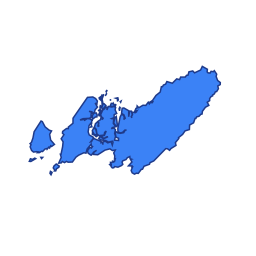 the district of Kyaukpyu, Rakhine, Myanmar, rotated 64°
{"feature_id": "60261553B96709228149477", "entity_name": "Kyaukpyu", "entity_type": "district", "adm_level": 2, "iso_a3": "MMR", "parent_name": "Myanmar", "parent_adm1": "Rakhine", "projection": "orthographic", "projection_center": [93.863, 19.586], "detail": "fine", "context": "isolated", "style": "filled", "palette": "blue", "viewbox_px": 256, "rotation_deg": 64, "n_neighbors": 0, "source": "geoboundaries", "source_scale": "gbopen_adm2", "svg_char_len": 6040}
<svg xmlns="http://www.w3.org/2000/svg" viewBox="0 0 256 256"><g transform="rotate(64 128 128)"><path d="M120.3,26.2L118.5,24.7L114.3,25.3L114.8,26.6L113.5,28.5L114.6,30.2L113.5,31.9L112.2,32.3L110.0,30.9L105.2,34.2L107.7,37.3L107.6,44.0L105.1,44.8L104.2,48.6L106.8,50.9L106.3,52.3L107.3,54.2L105.3,58.4L107.1,60.4L105.2,62.7L107.2,68.5L103.3,72.7L105.1,75.0L104.9,77.3L106.0,78.9L105.5,79.9L109.8,83.3L111.0,88.6L114.0,93.9L114.3,96.6L115.2,95.7L114.9,93.4L115.9,95.3L114.8,96.5L115.7,98.3L113.7,98.5L115.5,102.1L114.1,104.5L114.5,109.4L112.2,110.1L114.2,111.4L113.9,112.3L116.0,114.7L116.0,112.9L116.4,112.4L117.2,113.3L117.4,114.8L115.5,117.4L118.0,118.1L119.2,119.9L120.6,120.0L119.3,120.2L117.9,118.4L114.4,117.5L113.6,119.0L118.2,122.5L112.8,119.8L108.2,122.9L107.7,124.6L112.0,127.4L114.4,125.9L118.0,126.2L118.5,128.2L117.4,126.9L114.8,126.4L112.8,127.8L114.6,130.2L123.9,137.3L126.9,138.6L128.8,137.4L129.6,134.9L128.5,131.8L129.2,130.2L128.8,131.6L130.3,133.9L129.5,137.1L127.9,139.4L125.8,140.5L127.2,141.8L131.0,142.8L133.1,141.0L135.1,142.0L133.0,145.5L130.0,142.8L127.0,142.4L124.0,140.0L121.7,140.8L121.3,143.3L120.8,141.8L121.5,138.4L117.5,139.2L112.9,136.5L112.7,138.3L112.4,138.6L112.6,136.1L109.9,134.5L110.0,131.8L106.0,131.6L104.1,130.1L102.6,131.1L102.0,133.5L100.0,136.2L102.6,139.0L100.1,137.8L99.2,138.9L100.2,140.0L100.7,141.4L100.8,142.9L104.2,146.9L106.8,146.8L108.2,146.1L108.6,146.3L109.1,147.7L108.2,146.3L106.3,147.4L108.4,148.9L108.9,152.4L110.6,152.0L113.0,153.9L113.3,152.7L113.4,153.9L112.8,154.0L110.6,152.2L109.2,152.8L109.8,155.3L112.6,157.9L115.2,157.1L119.5,158.5L122.1,157.5L123.9,152.6L121.7,150.9L121.2,148.9L124.3,152.5L123.6,155.9L126.8,154.3L126.6,151.0L127.1,149.8L126.9,154.8L123.4,156.9L124.7,159.0L126.9,157.5L129.5,153.5L132.1,151.8L133.0,147.8L134.1,147.6L136.5,149.6L132.9,149.2L132.5,152.7L130.1,154.1L129.6,155.7L129.8,157.0L132.0,157.7L129.1,157.6L129.3,158.7L128.1,158.3L122.7,163.1L122.7,164.6L124.3,166.9L124.1,167.7L122.6,164.7L122.3,163.1L121.9,164.4L121.9,163.2L120.8,163.4L117.2,165.9L114.0,165.5L108.7,161.9L107.5,159.5L108.4,159.5L108.2,158.8L105.1,157.2L103.2,158.1L101.7,160.3L102.1,164.3L101.3,162.8L100.6,163.4L100.5,165.7L99.7,167.6L99.9,164.3L102.3,158.7L102.3,156.6L99.2,155.0L97.7,153.6L97.0,154.7L95.9,155.7L97.6,153.3L99.2,153.9L99.2,151.2L97.2,149.6L95.8,146.2L94.2,146.5L93.2,145.7L92.9,146.5L91.2,146.6L92.8,145.6L90.4,143.7L87.3,144.2L84.7,146.0L82.7,151.0L95.1,173.1L99.6,175.4L101.0,181.2L102.4,181.9L101.5,183.5L102.4,188.2L103.9,189.2L105.9,188.5L108.4,192.8L112.0,192.4L116.3,195.1L122.2,199.7L121.9,200.3L125.2,200.9L129.2,205.7L130.1,203.3L129.3,201.7L131.3,200.2L131.0,198.0L132.5,196.8L134.2,192.9L131.4,187.6L130.8,184.3L130.9,178.5L132.2,176.8L129.0,174.0L126.3,168.2L128.2,168.7L129.1,168.0L130.0,169.7L128.7,170.8L130.7,174.4L133.1,174.9L136.0,173.3L136.3,172.8L134.6,169.3L134.3,166.0L134.9,169.4L136.7,170.5L138.8,166.9L137.8,158.3L138.8,153.4L141.4,151.9L142.2,149.1L144.2,151.8L147.2,152.1L149.9,153.7L150.1,152.9L152.1,154.7L151.2,156.1L152.2,156.1L151.2,158.8L152.6,159.0L152.7,160.5L154.0,160.1L153.8,159.2L155.3,160.1L157.0,159.6L157.5,158.2L156.8,156.9L158.8,154.2L158.9,150.3L158.4,148.6L156.0,148.3L155.2,147.0L155.5,143.7L154.4,141.6L154.4,138.9L156.5,139.6L157.6,138.5L157.5,139.5L160.3,139.4L162.2,144.2L163.9,141.0L164.8,141.6L165.0,141.0L167.6,143.8L170.1,143.9L172.3,142.4L172.3,140.2L173.3,138.7L171.0,134.1L171.4,133.0L169.4,130.4L170.0,124.6L168.8,123.4L168.9,119.3L163.1,103.1L164.0,101.6L166.3,100.4L165.3,98.4L164.7,92.5L161.9,91.8L159.7,86.9L158.8,86.8L157.7,81.7L155.6,78.0L156.3,73.5L152.3,71.3L152.1,66.8L148.8,63.5L149.2,62.8L148.1,61.5L148.6,59.0L147.6,56.6L147.9,55.3L145.6,53.8L143.3,49.3L143.1,45.4L139.6,45.5L139.2,42.6L137.3,41.7L136.2,39.6L136.2,37.8L135.4,37.5L135.2,35.4L133.8,33.7L134.1,32.3L132.3,29.5L129.6,28.9L129.4,26.1L127.6,25.1L124.6,26.6L120.3,26.2ZM99.3,201.2L97.1,198.0L95.4,199.8L90.7,202.0L84.7,202.2L83.6,203.1L90.2,214.0L95.3,217.8L98.6,221.1L99.1,222.9L100.5,222.5L102.0,224.2L105.9,224.5L108.2,223.5L109.2,220.5L110.1,219.1L110.5,220.1L111.3,218.4L111.0,215.9L111.7,215.1L110.5,211.8L110.9,209.9L111.6,210.0L110.5,207.5L111.6,207.2L110.1,205.2L111.1,204.8L110.5,201.3L104.9,202.8L99.3,201.2ZM117.2,138.6L121.3,137.9L121.4,136.5L112.5,133.5L112.9,135.1L117.2,138.6ZM133.0,207.4L132.1,206.5L128.9,208.3L129.7,211.2L131.1,212.7L133.8,212.3L134.3,213.0L134.9,211.8L133.3,210.1L133.0,207.4ZM102.8,150.0L100.6,149.9L99.7,152.2L101.2,154.5L106.0,157.1L104.6,156.2L103.8,152.5L104.4,151.1L102.8,150.0ZM119.6,161.1L120.0,159.0L118.5,158.3L115.4,157.6L112.8,158.5L114.9,161.4L119.6,161.1ZM100.4,143.0L98.1,138.0L95.7,138.9L95.4,139.8L98.3,142.7L100.4,143.0ZM102.8,130.4L99.1,130.4L99.5,131.1L98.5,132.2L100.6,134.6L102.8,130.4ZM114.7,231.3L115.5,230.0L115.1,224.4L114.2,225.0L114.4,227.5L112.9,229.2L114.7,231.3ZM90.6,138.6L87.0,134.9L88.7,137.1L86.4,136.8L87.6,137.4L88.1,139.9L88.8,138.9L90.4,139.5L90.1,138.7L95.6,141.0L94.8,139.7L90.6,138.6ZM121.5,158.2L120.1,158.6L120.2,160.3L119.8,161.2L121.9,160.4L121.5,158.2ZM136.3,217.7L134.6,215.7L133.0,216.7L134.5,218.0L136.3,217.7ZM104.2,148.7L104.8,147.9L101.8,146.9L103.1,148.4L104.2,148.7ZM98.5,124.4L96.4,123.9L95.9,125.9L97.4,124.5L99.4,125.9L98.5,124.4ZM97.0,144.1L97.6,143.6L97.3,142.1L95.8,143.1L97.0,144.1ZM99.5,147.4L99.8,145.1L98.0,144.4L98.9,145.1L99.5,147.4ZM108.9,128.1L106.1,126.1L105.7,126.3L106.8,127.6L108.9,128.1ZM116.3,115.6L117.0,113.6L116.5,112.6L116.3,115.6ZM89.1,141.0L90.7,140.4L88.5,139.5L89.1,141.0ZM116.2,219.2L117.6,219.1L117.0,217.6L116.2,219.2ZM102.4,145.8L101.7,144.5L100.8,144.6L101.3,145.6L102.4,145.8ZM118.0,162.8L119.0,161.9L117.2,162.3L118.0,162.8ZM110.8,161.1L111.1,159.9L109.9,159.8L110.8,161.1ZM103.0,130.1L101.8,128.8L101.3,129.2L101.6,129.8L103.0,130.1ZM86.2,132.2L86.0,131.6L84.8,130.1L85.0,131.0L86.2,132.2ZM89.2,134.4L87.9,132.3L87.7,132.3L89.2,134.4ZM100.9,123.4L101.6,123.3L100.8,122.5L100.9,123.4ZM95.8,131.8L94.9,131.3L94.4,131.3L95.8,131.8Z" fill="#3b82f6" stroke="#1e3a8a" stroke-width="1.5"/></g></svg>